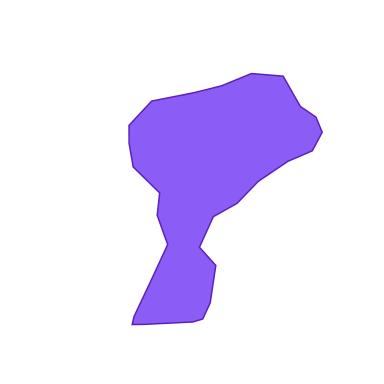 the district of Åstorp, Skåne, Sweden, rotated 298°
{"feature_id": "70781695B3781926649981", "entity_name": "Åstorp", "entity_type": "district", "adm_level": 2, "iso_a3": "SWE", "parent_name": "Sweden", "parent_adm1": "Skåne", "projection": "orthographic", "projection_center": [13.009, 56.163], "detail": "fine", "context": "isolated", "style": "filled", "palette": "violet", "viewbox_px": 384, "rotation_deg": 298, "n_neighbors": 0, "source": "geoboundaries", "source_scale": "gbopen_adm2", "svg_char_len": 536}
<svg xmlns="http://www.w3.org/2000/svg" viewBox="0 0 384 384"><g transform="rotate(298 192 192)"><path d="M84.9,261.1L102.7,260.1L138.3,247.5L146.7,224.5L180.2,222.4L203.2,237.1L232.5,245.5L264.0,262.2L284.9,278.9L292.2,278.9L305.9,278.9L309.5,274.5L316.3,266.3L318.4,247.5L337.1,218.1L324.5,188.9L299.4,168.0L280.6,147.1L253.4,113.7L221.3,105.1L205.3,113.7L186.5,128.3L176.0,163.9L155.1,172.2L134.2,195.2L96.5,197.3L54.7,199.3L46.9,201.4L52.6,211.8L77.6,253.7L84.9,261.1Z" fill="#8b5cf6" stroke="#5b21b6" stroke-width="1.5"/></g></svg>